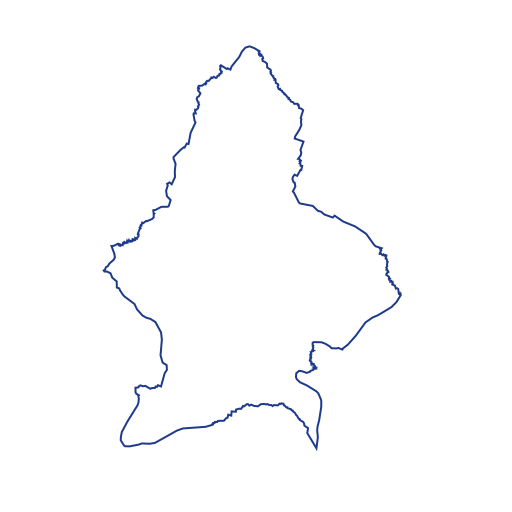 the district of Nong Muang, Lop Buri, Thailand, rotated 8°
{"feature_id": "78962969B8499402752452", "entity_name": "Nong Muang", "entity_type": "district", "adm_level": 2, "iso_a3": "THA", "parent_name": "Thailand", "parent_adm1": "Lop Buri", "projection": "albers", "projection_center": [100.697, 15.296], "detail": "fine", "context": "isolated", "style": "outline", "palette": "blue", "viewbox_px": 512, "rotation_deg": 8, "n_neighbors": 0, "source": "geoboundaries", "source_scale": "gbopen_adm2", "svg_char_len": 6072}
<svg xmlns="http://www.w3.org/2000/svg" viewBox="0 0 512 512"><g transform="rotate(8 256 256)"><path d="M166.1,459.1L169.1,457.5L177.0,456.7L182.0,455.1L202.0,439.9L207.4,437.0L230.1,432.1L236.4,429.2L236.3,428.6L236.9,428.5L236.7,427.4L238.3,427.0L238.4,426.0L240.7,425.8L241.2,424.6L247.2,423.6L248.8,421.0L250.3,420.1L250.6,417.0L253.7,417.5L253.5,413.3L257.7,413.0L257.6,410.9L260.7,409.5L262.6,409.4L264.0,406.3L264.9,406.7L267.7,403.9L268.8,403.9L270.2,405.1L271.8,403.9L274.8,404.7L278.8,404.6L281.4,402.1L284.9,401.3L286.8,401.6L288.0,401.0L289.9,401.8L292.0,401.5L293.3,402.3L294.4,401.2L298.7,400.8L299.7,399.0L301.2,399.1L301.6,398.4L303.7,398.4L304.4,400.0L305.1,400.0L306.9,401.6L308.1,401.5L308.5,402.3L312.1,402.9L312.6,403.8L314.0,404.0L314.3,404.8L316.3,405.8L318.1,408.1L319.0,408.6L320.8,411.2L321.8,411.2L322.2,412.3L325.9,413.8L327.0,415.3L327.5,417.2L331.5,419.2L331.4,424.2L342.6,438.0L342.5,427.1L340.8,419.8L340.7,416.0L341.4,410.1L341.6,396.5L340.8,390.4L340.1,388.7L336.8,383.3L334.8,381.7L324.7,377.2L317.1,374.9L313.5,372.3L312.4,370.3L312.2,366.5L314.7,363.7L317.7,363.7L322.4,364.7L325.6,363.1L325.8,362.3L328.5,360.8L329.0,359.8L331.3,359.1L331.0,358.6L329.5,358.6L330.5,357.9L329.3,357.7L329.9,357.4L329.7,356.8L328.2,355.4L327.1,355.7L327.6,354.9L325.6,354.9L325.9,353.5L324.9,352.9L324.7,352.0L324.0,352.2L323.7,351.7L324.6,349.7L324.0,349.6L323.9,348.4L324.5,348.2L323.9,346.9L324.3,346.4L323.5,346.1L324.3,344.3L323.7,343.6L324.3,343.4L324.6,342.2L325.7,342.1L325.5,341.4L326.0,341.3L325.0,340.7L325.5,338.7L324.8,337.7L325.2,336.8L324.4,336.2L324.2,334.0L325.3,333.2L332.9,332.3L337.1,333.3L341.7,335.3L343.7,336.8L348.7,336.3L350.3,335.6L354.6,336.6L354.9,335.5L359.3,331.0L365.9,321.1L373.7,306.5L380.1,300.6L385.0,297.7L397.2,287.8L401.5,282.1L404.8,274.6L404.4,273.4L403.7,274.1L402.9,273.7L403.1,272.3L402.4,272.4L401.4,268.9L400.4,268.3L399.1,268.8L397.6,265.9L395.1,265.3L395.5,264.6L394.4,263.5L395.0,263.0L394.8,262.5L393.9,262.8L393.5,262.0L392.6,262.6L392.6,261.9L391.1,261.0L390.8,260.2L391.7,259.7L390.5,258.6L390.4,257.9L387.6,256.5L387.8,255.0L389.4,253.4L388.9,252.7L388.4,252.8L387.9,251.5L387.1,251.4L387.4,250.5L386.6,249.4L387.4,247.8L386.8,246.1L387.2,243.4L386.6,243.1L385.9,240.9L384.7,240.5L385.1,237.3L383.8,237.0L383.1,237.8L382.1,236.6L381.0,237.6L379.5,236.3L378.2,236.7L378.2,236.0L378.9,236.0L378.6,234.0L379.2,233.2L378.2,232.0L378.9,232.1L378.7,231.5L379.3,230.8L373.3,229.8L371.5,228.6L362.0,218.7L350.0,212.9L337.7,209.8L328.2,205.1L326.7,207.2L318.0,205.4L314.3,203.1L310.9,202.6L305.3,198.5L293.1,197.9L291.7,197.6L290.7,196.6L284.8,188.0L283.5,187.0L285.3,181.7L284.1,178.0L283.1,177.9L281.4,174.9L281.4,173.0L282.8,170.1L285.6,170.9L288.0,164.7L288.8,164.6L289.2,160.4L287.6,160.4L287.0,157.9L286.4,158.0L287.1,155.6L286.0,155.7L286.3,154.6L285.2,153.9L284.2,153.9L286.3,150.0L286.4,147.1L285.3,144.8L287.1,136.1L278.0,134.3L278.1,132.2L281.2,125.4L282.7,120.2L281.8,116.3L281.9,114.1L281.2,113.6L281.1,112.8L282.4,105.1L280.5,103.8L278.1,103.5L277.4,101.3L276.7,101.0L277.0,100.2L276.0,99.5L272.7,100.0L271.4,98.6L268.9,98.1L268.2,96.7L266.3,95.9L266.6,94.9L264.9,94.3L263.4,92.6L262.0,92.0L261.8,91.3L261.0,91.3L260.8,90.6L259.0,89.6L258.8,88.7L256.9,88.3L256.5,87.1L255.2,87.5L253.8,85.1L254.4,83.8L253.9,82.8L251.5,81.9L250.8,78.8L249.8,78.9L250.1,77.8L248.8,77.3L248.0,76.2L248.1,75.5L247.0,75.1L245.2,73.4L245.4,72.7L245.0,72.6L244.6,71.3L245.1,70.6L244.4,69.4L240.9,67.8L240.1,64.0L238.0,62.6L235.5,62.0L234.8,60.0L235.6,59.3L234.8,57.6L233.1,56.6L232.2,57.3L231.1,56.4L230.7,55.4L231.5,55.2L230.6,54.9L231.0,53.7L230.2,53.1L230.7,52.6L225.4,50.4L221.1,49.4L220.1,49.4L216.4,51.2L213.6,55.6L211.7,61.2L205.5,71.6L204.7,75.0L201.8,74.1L201.1,74.9L194.7,72.0L194.0,73.0L194.7,74.3L194.4,76.3L196.3,78.1L195.8,78.3L196.2,79.4L195.7,79.5L195.6,80.4L194.4,80.9L194.4,82.4L192.9,82.9L192.4,84.5L191.6,85.3L189.4,84.4L188.3,85.6L187.3,85.4L187.4,86.0L186.8,86.1L184.8,89.2L183.3,89.3L182.6,90.2L182.7,91.7L182.1,91.6L182.1,93.1L180.8,92.9L178.9,94.8L175.6,95.5L175.1,97.6L176.4,97.8L176.4,98.3L175.7,98.9L175.6,100.1L178.3,102.6L177.2,105.8L175.8,106.9L175.4,108.4L176.8,111.3L177.8,111.8L177.7,112.7L178.6,114.1L177.7,115.8L178.3,116.5L178.0,117.8L176.2,119.9L175.4,119.7L175.5,121.1L176.5,123.2L174.5,123.4L174.4,124.5L176.2,130.2L177.5,132.3L174.1,143.1L173.6,154.5L171.8,154.3L170.1,158.6L169.3,158.4L166.6,161.3L160.6,169.5L160.8,171.0L163.5,175.9L163.8,183.4L164.8,189.2L162.5,196.7L160.1,195.2L157.9,196.9L158.8,198.4L157.9,204.0L159.5,209.2L163.7,212.5L162.7,218.5L161.8,219.5L155.4,220.5L150.2,224.3L147.9,225.0L148.7,228.0L149.4,228.2L148.9,229.0L149.3,232.1L148.0,233.8L143.0,236.8L142.3,236.6L139.7,239.2L138.6,238.8L138.5,240.2L137.6,241.4L138.3,242.0L137.3,242.8L137.5,243.7L138.2,243.7L137.2,244.2L137.8,244.7L137.1,245.3L136.0,250.2L136.6,250.7L136.2,251.2L136.8,251.5L136.8,253.1L136.0,253.9L135.8,255.3L134.0,254.9L134.5,256.3L134.2,257.0L133.4,257.4L133.4,256.5L131.4,256.5L131.3,258.7L130.5,259.0L130.2,258.4L129.5,258.4L129.1,259.4L128.4,259.3L127.9,258.3L127.7,259.0L126.9,258.9L126.9,259.6L126.3,258.9L126.0,261.0L125.2,260.8L124.4,261.6L123.7,260.4L122.9,261.0L123.1,261.8L122.5,261.8L122.5,263.8L121.4,263.6L120.6,264.6L119.9,263.7L119.1,264.7L117.9,263.8L118.2,263.1L117.6,263.0L114.0,265.6L111.5,266.2L115.5,273.7L116.5,277.2L115.5,279.7L111.9,283.8L110.7,286.7L108.9,288.0L108.4,290.4L107.2,291.5L108.1,292.5L110.4,292.1L114.4,293.4L116.7,297.5L121.6,300.6L122.6,306.6L125.1,307.1L126.0,308.8L129.5,312.8L131.4,314.4L142.3,320.4L145.6,325.4L151.8,330.7L156.3,332.5L160.0,332.9L165.6,335.4L172.6,344.9L174.4,351.8L175.3,367.7L178.4,374.6L182.7,376.5L183.6,381.2L181.9,384.8L180.1,398.4L176.9,397.6L176.3,399.3L174.8,399.2L174.3,400.7L170.9,401.4L169.8,402.2L164.4,400.0L162.2,400.7L159.5,400.2L158.4,401.0L157.8,402.5L155.0,403.2L155.7,407.8L156.7,409.1L159.4,410.2L158.9,410.9L159.8,413.5L160.0,417.5L159.5,420.2L151.6,438.1L147.6,449.0L147.4,454.3L147.7,457.3L151.7,462.1L152.9,462.6L157.3,462.1L166.1,459.1Z" fill="none" stroke="#1e3a8a" stroke-width="2"/></g></svg>